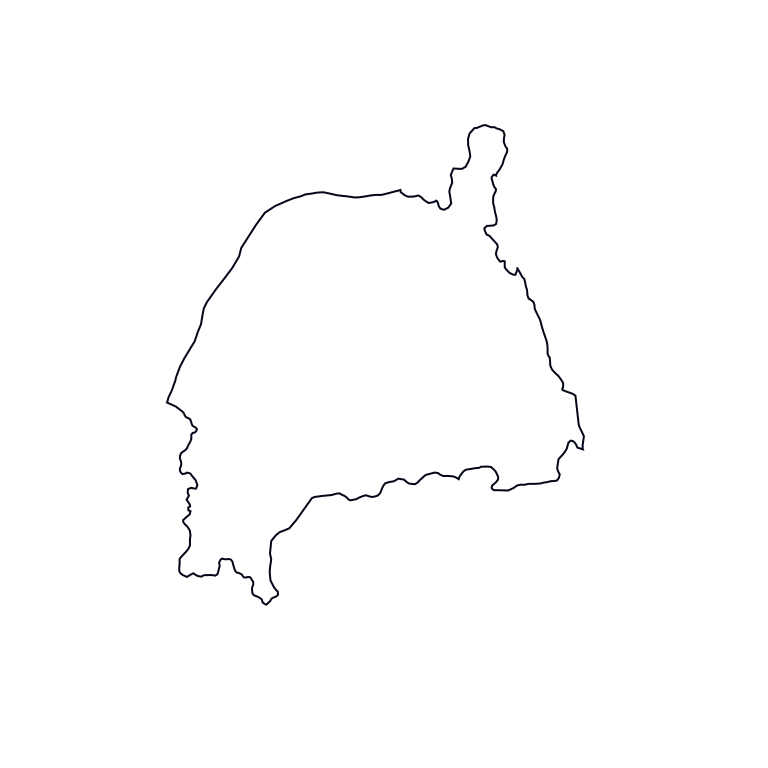 outline of Belaga, Sarawak, Malaysia, rotated 127°
{"feature_id": "92858781B14210888216544", "entity_name": "Belaga", "entity_type": "district", "adm_level": 2, "iso_a3": "MYS", "parent_name": "Malaysia", "parent_adm1": "Sarawak", "projection": "orthographic", "projection_center": [114.332, 2.676], "detail": "fine", "context": "isolated", "style": "outline", "palette": "ink", "viewbox_px": 768, "rotation_deg": 127, "n_neighbors": 0, "source": "geoboundaries", "source_scale": "gbopen_adm2", "svg_char_len": 5578}
<svg xmlns="http://www.w3.org/2000/svg" viewBox="0 0 768 768"><g transform="rotate(127 384 384)"><path d="M219.2,487.6L228.9,495.3L234.6,499.9L237.7,504.1L241.3,508.0L245.5,511.9L249.7,516.0L252.8,519.9L255.9,525.6L261.3,534.7L265.2,543.3L267.5,548.0L271.4,552.6L275.6,556.5L279.7,560.7L284.7,563.8L289.6,567.7L295.8,571.6L300.8,574.4L307.5,578.1L318.9,582.2L333.7,582.0L361.2,579.9L369.3,576.5L382.8,575.0L393.7,575.0L409.8,575.2L425.1,574.7L432.1,573.4L439.4,569.8L446.4,566.1L454.2,564.1L463.8,560.9L483.8,558.9L493.1,557.3L503.5,554.2L507.1,552.6L517.2,549.5L524.5,548.0L529.2,546.1L529.4,546.1L528.1,540.4L527.3,536.8L527.3,532.5L527.3,530.5L527.4,527.6L527.9,526.2L528.7,524.7L529.6,522.7L529.4,521.2L528.9,519.3L528.9,517.3L531.6,513.5L532.6,511.7L532.2,508.2L532.6,506.2L534.9,505.6L536.9,506.0L538.2,507.4L540.5,507.4L542.4,505.9L543.7,504.9L547.0,503.9L549.3,503.7L554.0,502.7L555.1,502.7L557.3,503.2L560.8,504.4L563.6,503.9L566.1,502.4L567.4,500.4L568.9,498.6L570.4,497.4L572.1,496.7L574.2,496.2L575.6,495.2L576.6,493.9L577.2,491.9L577.1,490.6L574.9,488.6L573.4,488.1L572.6,486.4L572.1,484.8L572.6,482.8L573.1,481.3L574.1,476.8L576.4,473.1L577.4,472.0L578.6,471.8L579.6,471.3L580.9,471.3L581.9,473.1L582.9,475.5L586.0,477.3L589.4,475.0L590.5,472.6L592.5,472.3L595.0,472.1L596.0,470.0L596.8,467.2L598.3,465.2L600.5,466.0L602.6,464.2L602.0,462.0L605.1,460.7L609.6,461.8L613.6,462.5L615.1,461.2L615.9,458.3L616.1,455.8L617.1,452.7L617.9,450.9L621.4,447.4L624.0,446.0L626.2,444.5L629.5,441.9L632.8,441.1L636.7,441.1L644.0,441.9L646.6,442.0L647.8,441.2L649.9,439.5L652.4,437.9L654.3,436.7L656.6,434.9L657.6,433.1L657.7,430.1L656.7,425.3L652.4,423.6L649.9,422.4L649.8,419.1L649.3,417.0L647.9,414.1L644.9,412.6L643.3,410.5L640.5,407.0L638.6,403.5L636.1,402.5L632.7,403.9L628.2,405.7L625.8,408.2L623.0,408.8L620.9,408.3L620.2,406.5L618.9,404.5L616.9,402.2L616.4,400.4L617.2,397.9L618.7,396.2L620.0,394.4L622.0,391.7L622.8,390.4L623.2,388.1L622.3,386.3L621.7,382.9L622.5,380.9L622.7,379.5L621.5,377.6L619.9,376.5L618.9,374.5L620.7,369.5L622.8,367.7L625.5,367.0L627.6,365.7L630.5,363.0L631.0,360.5L630.1,357.7L629.5,353.9L629.8,351.7L631.5,349.4L631.5,347.2L631.1,345.2L626.1,344.3L623.1,344.6L621.3,343.9L618.3,342.1L616.2,341.8L613.9,343.6L613.4,346.3L612.5,349.7L609.2,356.4L605.7,359.7L602.2,362.7L598.4,365.0L592.0,368.5L588.0,373.0L577.2,379.6L569.7,379.3L565.2,378.2L560.4,375.2L556.3,372.8L545.5,372.2L518.4,372.9L515.7,371.2L513.3,368.7L510.3,365.7L504.3,359.1L501.0,356.6L499.5,355.4L498.0,353.3L497.8,351.1L497.1,348.1L497.1,345.1L497.6,343.1L497.1,340.8L492.5,336.7L490.0,335.7L488.3,334.7L485.5,332.9L483.7,331.4L482.5,327.9L481.5,325.7L479.5,323.7L476.9,321.9L473.6,321.4L471.2,321.9L468.7,322.7L464.8,323.4L462.4,323.2L460.4,321.7L459.4,321.1L455.8,317.6L451.0,315.6L448.3,310.5L448.5,308.6L448.6,304.6L446.7,301.0L445.2,298.8L442.2,297.8L438.9,297.5L432.4,296.2L430.9,295.5L424.2,290.2L422.6,287.2L422.6,284.6L421.8,281.1L419.4,278.3L416.4,273.6L415.4,270.8L415.1,267.1L412.1,268.0L406.3,268.0L403.3,267.1L397.7,261.8L395.7,259.8L394.0,257.8L391.7,256.7L387.7,251.7L385.9,248.7L386.1,245.7L386.6,242.4L388.1,239.4L389.2,237.3L390.5,236.1L392.2,235.4L394.0,235.4L396.0,235.6L398.8,236.3L400.5,236.4L401.8,235.8L402.7,234.4L402.7,232.4L398.8,227.1L394.4,220.8L389.2,218.0L385.1,216.7L382.2,214.3L379.8,211.0L376.8,208.5L372.3,202.6L369.3,199.2L366.6,197.1L364.7,195.1L361.0,192.1L359.0,189.6L357.0,187.8L353.7,187.8L350.4,189.3L348.7,192.9L347.2,194.9L342.1,197.8L338.9,199.4L336.8,199.2L332.1,198.7L329.5,198.7L325.7,199.1L319.9,201.4L317.0,200.9L316.0,199.2L315.9,197.1L316.5,194.9L317.2,193.4L318.4,191.3L316.5,185.8L315.9,186.6L313.2,188.6L305.4,192.9L300.6,202.1L299.1,204.2L278.2,224.0L278.2,226.8L278.8,229.3L279.5,231.4L280.2,233.6L280.8,235.7L281.3,237.6L280.7,238.7L279.2,238.9L277.5,239.9L276.2,240.9L275.2,241.9L273.7,245.9L272.5,250.0L272.5,251.8L272.2,254.0L271.7,256.3L271.5,258.1L270.0,261.1L268.4,263.1L266.6,264.4L264.6,266.3L263.2,267.4L262.7,269.3L261.4,271.6L258.7,273.6L256.6,275.2L253.9,277.6L251.9,280.0L250.1,282.5L248.3,285.2L246.8,287.5L244.1,291.2L242.1,293.8L240.6,295.6L238.5,298.5L237.2,301.3L235.5,304.6L233.8,307.9L232.3,309.8L230.3,311.4L228.5,314.2L228.5,317.6L228.7,320.0L226.7,323.0L224.9,324.5L222.7,326.5L221.2,328.7L215.7,335.1L215.4,337.8L214.1,340.5L210.9,348.0L211.9,346.4L217.7,344.8L219.0,346.8L219.7,350.9L219.0,355.2L218.2,357.7L215.7,359.7L213.4,361.4L214.2,363.2L216.4,364.7L215.2,369.3L212.9,372.8L209.9,374.3L206.1,375.5L204.4,377.6L202.6,386.9L202.2,389.1L202.9,391.9L200.7,396.1L199.1,397.6L195.8,396.9L193.4,394.1L191.3,391.8L188.8,390.8L186.6,391.8L184.6,393.2L182.3,395.7L180.8,397.7L178.3,400.5L176.3,402.5L174.2,405.4L171.5,407.5L169.4,409.0L167.7,409.8L165.7,410.3L163.0,410.7L161.0,411.8L160.2,414.6L158.7,417.1L156.6,419.6L155.6,421.3L154.1,422.5L153.2,422.5L150.7,422.4L150.1,419.9L149.4,420.5L145.7,420.8L142.9,420.8L137.1,421.6L132.8,423.3L127.9,424.7L124.6,425.3L122.0,427.2L121.1,430.1L118.6,434.0L115.7,436.0L112.5,437.6L110.3,440.8L111.0,445.4L112.0,447.3L112.4,450.3L114.5,453.0L115.2,455.5L116.1,458.6L117.5,460.3L123.7,464.0L125.2,465.8L132.4,466.4L137.7,464.4L142.4,460.7L146.5,455.9L150.1,452.2L154.5,450.7L161.1,449.5L165.3,451.2L168.0,455.1L170.1,458.2L176.8,456.5L179.6,453.0L182.3,450.6L188.0,449.1L191.1,447.6L194.7,443.7L199.5,438.9L204.5,438.8L208.8,441.0L210.0,444.5L209.0,447.2L206.4,450.8L206.1,452.6L209.0,453.9L212.6,457.3L213.0,462.4L212.4,467.2L212.8,470.1L216.4,473.0L219.9,477.5L220.8,480.9L220.7,486.1L219.2,487.6Z" fill="none" stroke="#020617" stroke-width="2"/></g></svg>